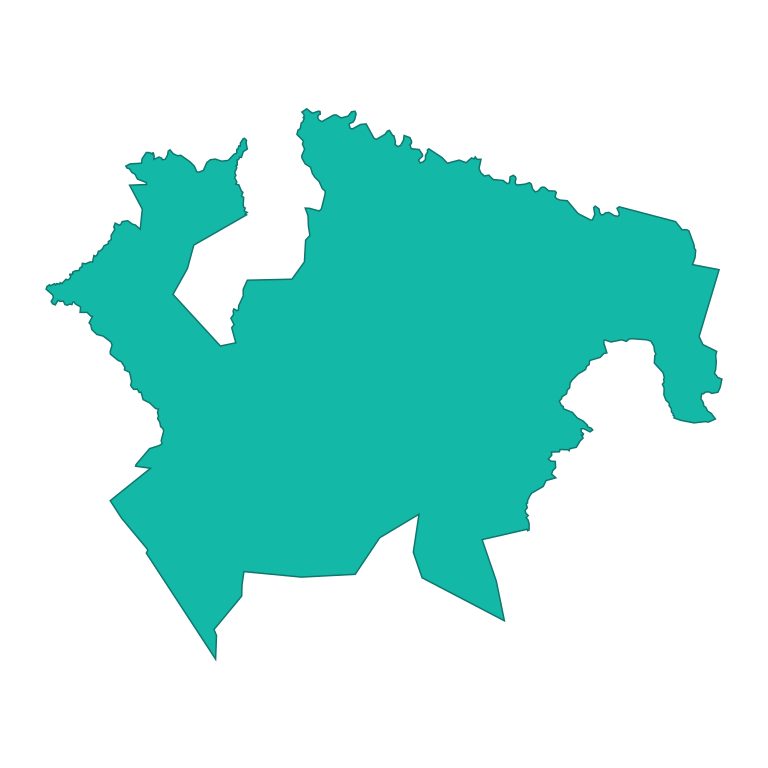 Morelos, Chihuahua, Mexico
{"feature_id": "50627088B90542436108405", "entity_name": "Morelos", "entity_type": "district", "adm_level": 2, "iso_a3": "MEX", "parent_name": "Mexico", "parent_adm1": "Chihuahua", "projection": "mercator", "projection_center": [-107.783, 26.551], "detail": "fine", "context": "isolated", "style": "filled", "palette": "teal", "viewbox_px": 768, "rotation_deg": 0, "n_neighbors": 0, "source": "geoboundaries", "source_scale": "gbopen_adm2", "svg_char_len": 6078}
<svg xmlns="http://www.w3.org/2000/svg" viewBox="0 0 768 768"><path d="M695.7,250.2L694.4,248.4L693.9,244.5L688.9,230.9L686.5,229.6L682.2,229.9L675.5,221.6L619.2,206.8L617.0,208.3L619.0,212.6L619.2,215.2L617.9,216.3L614.4,215.7L609.0,212.4L605.4,212.9L603.3,214.8L601.1,214.7L599.7,212.7L599.0,208.9L595.2,206.1L593.7,207.6L594.8,214.5L592.4,219.9L590.8,220.1L578.1,213.6L567.2,200.7L560.2,200.1L556.4,198.6L555.1,196.5L556.3,192.5L555.0,191.1L548.6,190.8L544.8,187.4L542.7,187.1L541.2,187.5L538.1,191.0L535.2,191.9L532.6,189.0L531.3,184.1L529.6,182.7L524.8,184.2L517.2,185.0L515.9,184.3L515.1,182.4L516.0,178.6L515.3,176.7L513.2,175.3L510.1,176.9L509.5,182.7L507.2,183.7L503.2,180.5L493.1,179.5L488.8,175.1L484.4,176.0L480.9,172.9L479.0,168.5L481.0,159.3L477.1,159.4L475.2,156.9L474.2,158.9L471.5,157.9L466.1,162.7L459.2,160.1L447.4,163.2L442.1,157.6L428.8,148.8L427.4,150.0L427.6,152.1L425.5,155.3L425.4,159.6L423.2,161.8L420.2,162.9L418.5,160.1L422.6,156.0L422.4,154.4L419.1,149.5L411.2,148.7L409.9,144.4L411.3,143.7L411.6,141.3L409.9,137.6L404.1,135.5L403.5,140.3L400.6,145.4L397.9,146.6L395.1,144.6L395.4,141.5L393.9,135.8L392.7,135.5L389.5,130.4L387.6,130.9L384.8,134.5L376.2,139.4L373.9,138.1L366.1,123.9L360.5,124.5L352.4,128.9L350.3,128.4L349.1,124.8L349.6,123.5L352.9,122.2L354.7,119.6L356.1,113.8L354.9,111.2L351.5,111.8L348.0,116.2L341.1,117.9L336.1,114.9L333.4,115.1L321.9,121.6L318.9,120.0L317.6,117.5L318.5,114.9L320.3,114.2L320.0,111.5L318.6,111.1L312.4,113.2L306.7,108.8L301.9,112.1L303.9,114.5L304.2,116.4L303.2,117.7L304.3,118.4L302.7,122.0L301.3,122.9L300.2,128.6L298.0,130.2L296.9,134.4L303.5,141.1L302.4,144.0L304.6,149.1L301.7,155.9L302.1,158.4L305.2,163.9L310.5,167.2L312.3,173.3L314.7,177.1L319.2,181.6L322.4,188.8L325.0,190.8L325.2,193.7L321.4,208.9L319.2,211.0L309.4,208.3L305.2,208.1L308.0,215.6L308.4,226.0L309.9,235.5L305.6,240.1L304.4,261.9L291.9,279.2L247.3,280.2L243.2,289.4L243.2,296.1L238.7,305.6L238.4,309.8L237.2,310.7L233.9,308.9L233.1,310.9L233.6,314.4L230.9,318.3L234.1,324.7L231.7,327.7L235.8,342.8L220.4,346.0L173.0,294.4L187.4,268.6L193.8,245.1L246.5,214.9L245.0,214.0L247.2,212.5L244.2,210.9L245.2,208.0L243.7,207.2L243.2,204.3L243.7,197.4L241.5,196.0L242.9,192.3L241.4,191.1L238.8,184.8L235.8,184.1L236.8,181.9L234.6,177.7L235.9,175.4L234.7,172.5L236.8,167.8L235.9,165.7L237.3,165.0L237.1,160.0L238.6,159.5L239.6,157.1L241.4,157.4L243.3,151.6L247.3,149.1L246.1,143.0L246.5,140.3L244.4,138.3L243.1,138.8L240.4,143.1L240.3,146.0L238.8,145.9L237.9,149.1L236.8,149.4L236.7,153.2L234.1,154.2L228.2,160.4L221.6,161.2L215.4,159.1L210.4,159.7L206.8,162.6L203.4,170.4L198.8,172.2L196.7,171.7L194.4,166.2L190.0,161.8L180.8,155.3L177.3,155.7L173.2,153.7L170.0,149.8L168.2,151.2L167.6,155.0L165.3,159.3L162.2,159.7L161.8,158.3L159.1,157.0L153.8,159.4L154.2,156.2L153.3,152.9L152.4,153.0L152.4,154.2L149.6,152.6L146.3,152.5L142.1,158.7L141.5,163.2L130.1,163.9L125.8,166.1L127.1,168.1L129.5,168.9L131.9,172.5L135.0,174.2L137.5,179.1L146.3,182.5L146.6,184.5L129.6,185.2L142.3,209.2L140.2,229.3L135.4,225.0L132.3,224.1L127.7,220.7L122.2,221.6L120.8,224.4L119.3,225.2L115.2,223.1L113.8,227.0L114.8,229.4L111.2,235.3L111.2,239.6L108.3,241.6L108.5,243.6L104.0,245.8L102.7,248.5L100.1,251.0L98.4,251.2L97.4,254.5L95.6,256.3L93.9,255.5L92.6,262.1L90.0,261.9L85.7,263.8L82.4,263.3L81.9,267.0L80.2,267.5L78.8,270.6L75.3,270.8L72.7,272.1L72.8,274.2L70.0,274.1L69.7,275.0L70.9,275.9L69.7,278.8L67.6,280.0L66.0,279.2L61.9,283.6L60.2,282.6L59.6,284.0L56.4,283.6L55.7,284.9L54.3,283.8L50.6,285.7L49.5,284.8L47.0,286.5L46.1,289.2L52.8,295.0L53.3,297.8L51.2,301.4L52.6,303.8L55.3,304.9L58.0,300.2L59.7,301.4L63.4,301.2L65.0,304.6L67.5,305.2L69.5,304.1L71.9,304.6L72.9,302.2L74.1,301.9L75.4,303.9L80.6,306.9L80.1,312.4L87.2,312.4L90.6,316.0L92.5,316.4L89.1,322.8L90.8,324.9L91.8,329.6L96.9,334.5L103.2,336.1L110.8,341.9L112.1,345.1L110.1,351.8L110.5,354.2L118.4,360.6L121.2,361.6L124.9,367.3L124.4,369.8L129.6,372.3L131.6,381.4L130.7,385.2L131.7,387.1L133.7,389.4L137.4,389.2L139.2,392.5L141.1,392.2L143.1,399.6L149.7,402.9L155.7,408.6L158.5,409.1L157.5,412.2L158.5,416.1L157.6,418.6L159.8,422.2L160.6,426.6L162.9,428.5L163.7,431.0L161.2,440.5L162.0,443.7L159.2,445.6L149.6,448.6L136.1,464.5L135.6,466.2L150.5,468.3L110.2,500.7L121.6,518.2L147.3,549.1L147.7,550.4L146.3,553.1L215.6,659.2L216.5,635.5L214.0,629.5L241.7,596.1L242.0,585.2L243.9,571.6L301.4,577.1L355.2,574.3L379.7,537.7L419.0,514.2L413.3,552.2L422.1,577.8L504.4,620.8L496.3,581.1L482.1,539.6L527.1,529.3L527.7,530.7L529.1,530.0L529.1,523.4L527.9,519.7L526.1,517.9L528.2,515.5L525.8,513.1L525.1,510.5L527.3,507.7L526.2,503.9L527.6,502.8L527.5,500.7L529.9,495.7L531.7,493.1L543.3,486.4L546.0,480.6L555.8,477.8L551.5,474.0L552.9,470.4L555.6,467.8L555.3,461.4L551.1,461.2L548.3,459.1L551.8,455.1L551.4,452.1L559.4,451.8L560.1,449.5L568.2,449.8L569.1,450.7L569.8,448.7L576.3,447.3L580.0,441.1L583.1,438.0L581.5,435.0L582.8,435.3L583.5,433.9L581.2,431.7L581.1,428.8L583.8,428.7L590.0,431.9L592.7,430.0L591.5,428.4L587.3,426.6L587.5,425.3L583.1,421.0L577.2,417.9L572.4,412.4L563.5,408.8L563.3,406.6L561.3,405.3L559.3,401.0L561.6,398.7L561.8,397.0L566.6,393.7L567.2,390.2L569.6,387.9L570.1,383.1L572.0,380.2L578.2,373.9L585.5,369.6L586.6,366.3L589.1,364.6L589.7,360.5L600.1,357.4L604.0,353.4L606.9,352.9L603.9,343.4L603.8,340.8L604.6,339.9L611.1,342.0L621.7,339.8L626.5,341.4L628.9,339.1L631.9,338.7L646.8,339.8L651.0,341.2L654.0,346.5L654.5,351.1L655.9,353.9L654.9,355.4L654.3,363.0L663.0,372.6L664.3,377.4L663.6,379.5L664.2,382.1L662.4,384.2L664.1,387.9L663.9,394.9L666.0,400.3L669.3,403.2L669.1,405.7L671.3,408.5L671.5,411.9L673.4,414.0L673.1,415.3L674.4,416.1L674.0,417.9L680.6,420.3L694.0,422.9L705.1,421.6L708.4,422.1L715.4,419.0L711.2,413.3L707.6,411.1L705.8,407.3L704.0,406.2L702.9,401.8L700.9,398.9L701.7,393.6L703.4,393.8L705.4,392.1L708.9,391.9L711.7,393.4L718.0,392.2L720.2,387.2L721.9,379.1L717.8,377.5L714.5,373.1L715.6,369.8L716.3,361.9L715.7,355.6L716.7,351.4L702.9,344.6L699.1,336.5L719.1,269.7L692.5,264.6L695.0,257.7L695.7,250.2Z" fill="#14b8a6" stroke="#0f766e" stroke-width="1.5"/></svg>